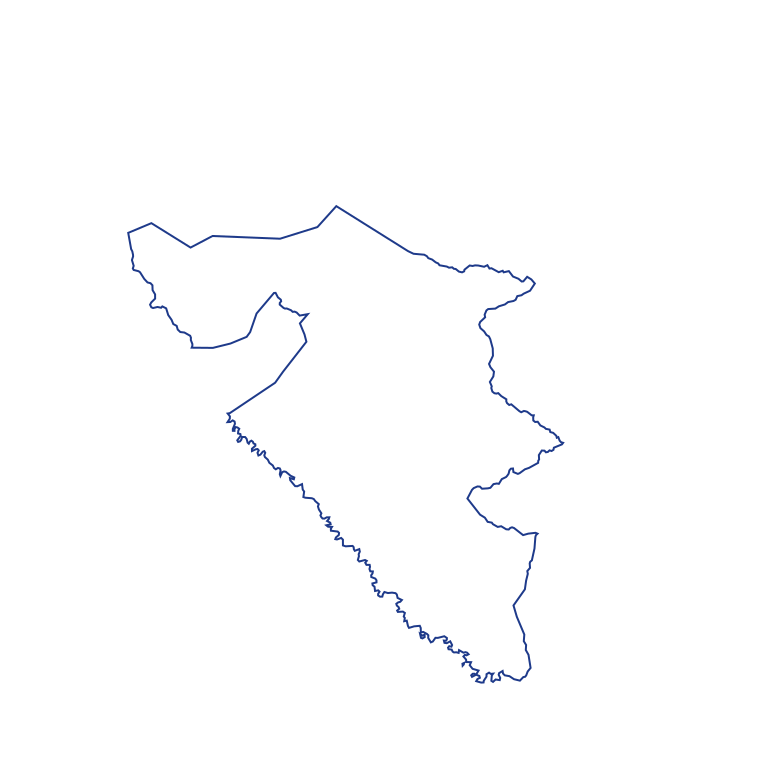 Brasiléia, Acre, Brazil (orthographic projection), rotated 39°
{"feature_id": "56859067B75567329217000", "entity_name": "Brasiléia", "entity_type": "district", "adm_level": 2, "iso_a3": "BRA", "parent_name": "Brazil", "parent_adm1": "Acre", "projection": "orthographic", "projection_center": [-69.109, -10.703], "detail": "fine", "context": "isolated", "style": "outline", "palette": "blue", "viewbox_px": 768, "rotation_deg": 39, "n_neighbors": 0, "source": "geoboundaries", "source_scale": "gbopen_adm2", "svg_char_len": 6167}
<svg xmlns="http://www.w3.org/2000/svg" viewBox="0 0 768 768"><g transform="rotate(39 384 384)"><path d="M281.1,505.3L284.6,506.1L286.0,508.0L286.4,512.1L288.5,510.2L289.3,507.5L291.5,507.2L293.2,508.7L294.8,514.1L296.0,515.5L297.3,514.5L296.1,513.0L295.9,510.8L297.5,510.0L299.7,509.9L300.2,512.1L301.7,514.3L303.9,513.3L305.2,514.4L305.4,520.1L307.1,520.8L308.2,519.2L308.2,517.3L307.1,514.4L309.5,512.6L311.8,513.1L314.9,515.4L316.5,515.5L316.0,513.2L316.6,511.5L318.4,511.4L320.0,512.3L321.9,511.8L322.9,512.9L322.1,517.4L323.6,519.2L325.5,515.3L326.7,514.1L328.4,514.4L329.0,517.1L331.4,518.6L332.4,516.7L332.4,512.9L333.2,511.5L335.0,512.2L335.8,514.7L337.4,515.7L341.3,515.9L344.5,517.4L348.9,517.3L351.4,518.5L353.6,518.4L354.4,516.0L356.2,515.2L357.9,516.1L359.8,519.7L361.4,520.7L360.4,516.6L361.3,514.9L363.0,514.0L369.2,514.1L373.1,513.1L373.9,514.8L370.1,516.3L371.7,517.8L379.2,519.3L381.0,518.0L383.3,513.4L387.3,517.2L389.6,517.8L392.5,522.6L394.4,521.9L399.8,518.2L401.8,517.6L404.4,518.3L408.9,518.4L409.7,520.7L412.4,522.5L416.7,523.9L417.3,526.1L419.0,526.9L420.9,527.2L422.4,526.1L423.4,523.7L425.4,522.0L426.1,523.8L426.0,526.3L429.5,525.6L430.8,526.6L428.1,530.1L430.4,530.1L433.5,527.8L433.8,530.0L435.1,531.4L440.9,527.8L442.8,528.0L443.9,529.8L443.2,533.6L443.8,535.2L445.3,534.4L447.6,530.6L450.0,530.8L453.7,535.3L456.3,534.3L461.5,529.6L463.1,529.9L464.6,531.4L466.3,532.0L468.7,527.9L470.7,529.5L471.4,532.2L472.9,533.6L474.4,537.2L476.5,537.5L480.0,532.7L481.9,532.3L481.9,534.7L484.2,535.6L486.7,533.6L488.2,534.9L489.1,536.9L491.2,538.2L493.3,536.7L494.3,538.5L494.4,540.7L495.6,542.0L499.7,540.7L501.7,541.3L503.0,542.9L500.5,546.3L501.8,547.5L504.2,547.5L507.3,550.5L509.4,548.0L511.2,548.2L511.5,550.8L512.5,552.0L514.7,551.8L516.5,550.3L515.5,548.1L515.2,545.4L518.6,544.0L521.5,541.1L524.6,539.3L526.4,539.5L529.2,541.7L533.8,540.6L533.7,543.0L532.4,544.9L531.9,547.1L533.4,548.1L535.8,548.2L537.3,549.1L536.8,551.8L538.2,552.4L541.9,549.0L544.3,548.8L545.7,552.3L547.4,552.7L549.0,555.6L550.6,553.6L554.8,556.9L556.9,557.8L559.9,553.4L564.0,549.4L566.1,550.5L569.0,553.9L570.5,552.0L574.7,551.2L576.6,551.4L578.1,553.5L583.0,555.3L584.0,553.4L583.7,548.9L585.7,547.3L589.6,542.1L592.7,541.8L593.6,543.0L593.7,544.6L592.0,545.7L593.9,547.1L595.9,545.9L597.4,542.3L601.2,544.0L601.7,545.7L599.7,546.7L599.7,548.6L601.1,549.5L603.7,547.8L605.8,548.8L607.3,548.6L609.0,547.0L611.2,546.0L609.8,543.6L614.8,542.8L616.1,541.1L617.7,540.5L619.8,540.8L618.9,542.9L617.3,543.7L617.2,545.8L621.2,546.5L622.9,548.3L626.7,545.4L627.6,548.6L632.1,549.6L637.8,547.2L638.5,552.0L641.8,550.9L643.4,552.0L642.3,554.5L642.7,556.9L647.4,554.9L649.2,553.3L648.3,551.8L647.8,546.9L646.3,545.0L647.3,542.2L649.4,542.1L651.1,540.4L651.2,542.6L654.2,547.1L656.2,546.9L656.7,543.4L660.3,541.3L659.3,539.3L656.1,537.8L655.4,536.2L656.8,532.4L658.7,534.1L661.2,534.4L665.4,532.1L670.8,531.6L676.3,529.0L676.7,524.1L677.9,522.7L677.9,521.0L676.6,517.0L676.6,512.4L666.7,503.5L661.6,501.5L658.7,497.4L654.5,495.9L650.7,490.4L633.7,481.3L624.0,474.6L622.7,454.9L618.2,447.4L615.2,441.0L613.1,439.2L613.2,435.0L610.1,431.7L609.5,430.1L609.9,428.0L604.5,417.2L597.9,407.6L597.2,405.9L597.5,403.7L595.4,404.3L590.3,409.5L587.2,413.9L575.7,414.1L573.7,414.8L572.7,416.4L572.5,418.6L570.4,420.0L564.6,420.8L562.3,423.5L556.9,424.4L555.0,423.9L551.3,425.9L546.5,424.4L540.9,425.1L520.9,420.5L519.0,410.9L519.2,408.5L521.1,404.8L523.1,403.4L526.1,403.7L530.4,399.7L532.0,397.7L532.1,392.9L534.3,390.3L536.1,389.3L535.4,383.8L537.4,379.5L537.5,377.8L537.3,375.3L535.8,372.2L535.9,370.0L537.4,368.5L540.0,371.0L544.6,369.6L545.5,368.0L547.2,361.6L549.5,357.9L553.4,348.3L552.2,346.6L552.0,345.0L549.1,341.8L548.5,336.4L550.7,334.8L552.8,335.2L554.1,333.7L554.4,331.4L556.4,330.6L557.1,328.5L556.1,326.6L560.3,318.9L560.2,317.0L558.3,317.8L556.2,317.5L552.9,315.6L552.1,317.0L550.5,315.8L546.2,315.5L543.5,316.7L541.4,315.2L538.0,317.0L536.0,316.8L531.6,317.8L527.2,316.6L525.4,318.4L523.0,318.4L520.9,316.0L520.1,314.1L518.5,315.4L512.8,315.5L511.2,316.1L509.7,316.9L508.4,319.6L506.4,319.9L495.7,319.7L494.5,321.5L491.6,321.4L489.9,320.5L488.7,318.9L482.9,319.6L478.5,319.2L477.4,320.7L475.6,321.7L473.0,321.7L469.9,319.6L469.2,318.0L465.0,315.8L464.2,309.3L461.7,305.2L456.2,304.0L453.0,302.3L450.9,293.5L446.1,287.9L438.4,282.3L435.6,281.0L432.8,281.4L428.7,280.1L423.8,279.9L420.6,277.9L419.7,275.3L420.6,268.5L418.6,266.8L417.3,262.4L417.8,260.2L423.1,255.3L424.4,251.3L427.9,246.1L428.9,242.2L432.4,238.0L433.3,235.7L432.3,231.8L435.0,228.5L435.7,225.9L438.8,219.6L438.0,211.0L432.7,210.0L427.8,210.6L427.7,216.5L426.5,217.7L422.3,217.6L416.6,219.3L410.0,217.7L406.7,221.9L405.0,221.3L402.8,224.9L394.7,226.4L393.3,227.9L389.6,226.6L388.0,229.9L382.7,232.6L380.1,234.5L378.6,236.5L376.0,238.0L374.6,244.5L375.4,246.0L374.4,248.1L371.5,249.5L367.3,249.5L365.8,250.5L363.6,250.4L361.3,252.7L358.9,253.2L352.4,256.8L350.3,256.2L347.7,256.9L343.1,257.0L339.2,258.3L336.9,257.7L333.9,258.2L325.0,264.2L319.1,265.6L235.0,275.8L233.5,303.9L211.8,336.5L157.6,376.9L147.8,399.7L102.0,405.4L90.1,427.5L102.6,438.3L104.9,439.3L107.6,441.5L108.7,442.7L110.1,446.3L115.1,449.7L116.1,452.3L117.7,452.9L122.3,450.8L124.1,450.7L131.5,453.2L136.3,453.9L139.1,452.6L141.9,453.0L145.1,456.7L149.7,458.4L152.4,461.7L151.8,467.1L152.3,469.6L154.9,470.8L156.7,470.3L159.5,466.7L162.8,465.0L162.9,463.2L167.1,462.3L172.9,466.2L178.5,467.8L182.5,470.0L186.3,469.3L189.4,471.5L193.0,471.8L196.5,469.6L203.0,468.5L204.8,469.5L206.2,471.4L209.9,473.5L211.1,475.0L211.7,476.8L228.3,463.6L239.2,449.2L247.6,433.8L247.3,427.9L240.6,409.4L241.2,382.5L242.4,381.4L247.0,383.4L250.7,383.4L252.0,384.4L252.0,386.6L253.0,387.9L258.1,388.1L259.6,387.7L260.9,386.5L265.3,385.2L267.6,385.4L269.0,384.0L271.1,383.4L275.4,383.9L280.8,377.7L280.5,389.8L291.0,395.5L297.1,400.0L297.8,437.9L298.6,451.5L282.5,503.7L281.1,505.3ZM574.0,557.5L574.9,555.1L573.3,553.3L572.2,555.4L569.3,555.5L572.5,558.0L574.0,557.5ZM638.5,552.0L636.5,552.3L635.3,553.4L635.1,555.5L636.7,556.2L638.5,552.0ZM622.5,551.8L621.8,550.4L621.0,552.0L622.4,553.4L622.5,551.8Z" fill="none" stroke="#1e3a8a" stroke-width="2"/></g></svg>